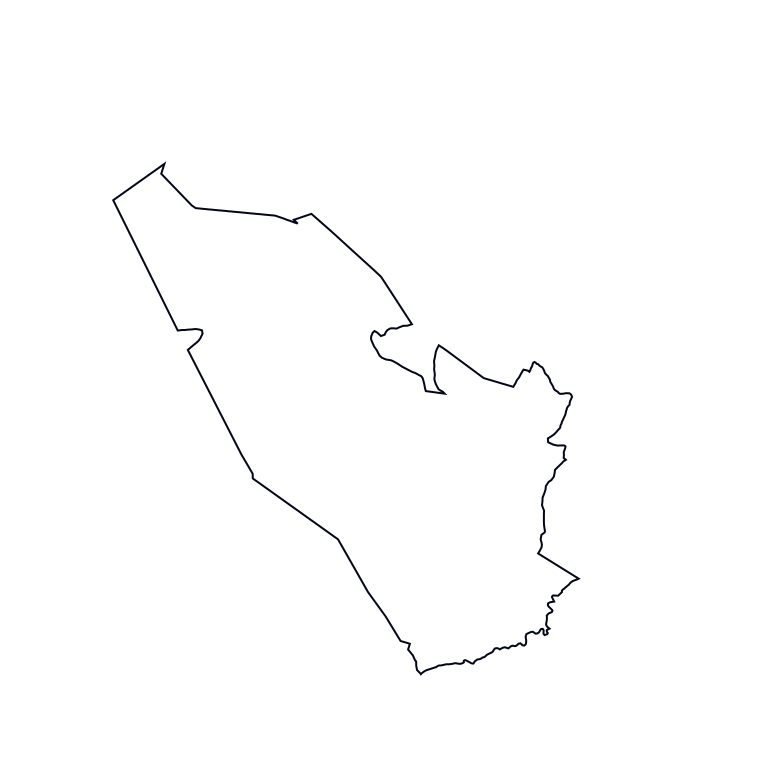 Santa Lucía Monteverde, Oaxaca, Mexico, rotated 62°
{"feature_id": "50627088B70845005155538", "entity_name": "Santa Lucía Monteverde", "entity_type": "district", "adm_level": 2, "iso_a3": "MEX", "parent_name": "Mexico", "parent_adm1": "Oaxaca", "projection": "orthographic", "projection_center": [-97.707, 16.955], "detail": "fine", "context": "isolated", "style": "outline", "palette": "ink", "viewbox_px": 768, "rotation_deg": 62, "n_neighbors": 0, "source": "geoboundaries", "source_scale": "gbopen_adm2", "svg_char_len": 5190}
<svg xmlns="http://www.w3.org/2000/svg" viewBox="0 0 768 768"><g transform="rotate(62 384 384)"><path d="M677.7,352.7L675.5,353.7L673.7,354.0L672.2,353.7L670.8,352.6L669.9,351.8L668.3,350.7L666.9,349.9L664.9,349.0L663.9,346.5L664.2,342.9L663.2,341.6L661.8,341.8L658.3,343.0L656.3,343.2L654.7,342.1L654.7,339.7L655.3,338.1L656.0,335.9L651.7,335.8L650.6,335.5L650.3,334.8L650.1,333.9L650.8,332.8L651.6,331.4L652.7,329.7L651.9,326.8L651.3,324.6L649.9,323.9L649.5,322.6L649.2,320.5L648.8,319.3L648.6,317.9L648.3,316.9L648.0,315.0L647.1,313.1L646.8,311.7L646.6,309.7L647.0,306.7L647.2,305.4L647.3,303.5L606.0,327.5L604.0,324.2L602.2,321.6L600.2,320.1L598.1,319.4L596.6,319.1L594.7,318.6L592.8,317.1L591.1,315.8L590.9,314.6L590.7,313.0L590.5,312.0L589.8,311.1L583.6,308.9L580.5,307.4L576.4,305.2L573.6,303.7L570.9,302.1L568.5,301.9L565.2,301.4L562.3,299.4L558.9,297.4L555.7,293.7L553.0,290.9L550.1,289.0L547.7,284.5L547.4,281.3L545.6,277.6L542.5,275.0L540.1,273.3L538.8,269.1L537.5,264.4L536.6,262.0L536.3,259.0L533.7,260.1L531.2,258.5L528.6,257.3L525.7,254.1L524.4,253.1L524.0,253.1L523.6,253.3L522.6,254.1L519.7,259.9L516.8,263.2L512.5,266.4L509.0,264.9L508.8,261.2L508.3,257.3L507.5,254.8L507.2,254.1L506.0,251.0L505.8,250.0L505.1,248.8L503.9,248.0L502.9,246.9L502.2,245.7L501.1,244.9L500.2,243.6L499.2,242.2L498.3,241.1L497.4,239.9L496.6,238.7L495.4,237.6L494.4,236.7L493.2,235.8L492.4,234.7L491.3,234.0L490.6,232.8L489.9,231.6L489.6,230.1L488.5,229.3L487.2,228.4L486.2,227.4L485.4,226.2L484.4,225.0L483.6,224.0L482.1,223.8L480.7,223.9L479.3,224.6L478.5,226.0L477.8,227.1L477.2,228.6L476.8,230.1L476.1,231.6L475.4,233.1L474.2,233.9L472.7,234.2L471.5,234.8L470.2,235.6L468.8,236.2L467.2,236.2L465.7,235.9L464.2,235.9L462.7,236.0L461.2,236.1L459.7,236.1L458.4,235.5L456.8,235.5L455.4,235.6L453.8,235.6L452.6,236.1L451.0,236.5L449.7,236.8L448.3,236.5L446.8,236.3L445.1,236.3L443.5,236.5L442.0,237.5L440.6,238.2L439.0,238.5L437.9,239.7L436.5,240.0L435.3,240.7L435.2,242.1L436.0,243.2L437.1,244.2L438.1,245.2L438.8,246.6L439.8,247.6L440.8,248.8L441.5,249.9L440.1,250.5L439.0,251.5L436.8,254.1L437.6,255.5L439.6,258.7L441.5,261.5L443.0,264.9L445.0,267.5L447.2,271.2L425.6,293.2L410.6,300.3L382.5,313.7L375.6,317.4L377.6,320.4L379.8,323.0L384.1,326.4L387.3,329.1L391.5,330.9L394.6,332.9L397.5,333.9L399.9,334.9L403.2,337.2L405.9,337.9L408.8,338.3L411.4,338.3L414.0,338.3L416.2,337.3L418.2,335.8L421.0,335.0L409.9,350.4L407.0,349.8L403.0,348.5L397.2,347.1L394.7,347.4L391.5,349.6L389.0,351.2L386.6,353.4L383.9,355.3L379.8,358.1L377.5,359.7L372.6,362.4L369.5,364.3L368.1,365.3L366.5,366.5L363.2,370.8L360.0,373.4L356.9,374.6L353.8,374.6L351.1,374.5L346.3,375.1L340.6,374.7L338.1,374.3L336.0,373.0L333.4,369.9L332.8,367.5L335.5,365.8L340.2,364.2L340.8,360.3L339.0,358.0L338.0,355.6L337.9,352.3L338.9,350.1L341.0,346.8L341.1,344.1L341.6,339.9L343.6,335.7L344.3,331.3L290.6,336.0L287.9,336.3L278.2,339.6L251.8,349.1L225.7,358.4L199.7,368.2L196.7,386.6L202.0,384.8L201.8,384.9L200.1,386.5L199.6,387.0L199.0,387.6L198.5,388.0L197.9,388.5L197.2,389.2L196.6,389.7L195.7,390.5L195.0,391.1L194.3,391.8L193.4,392.7L192.8,393.1L192.3,393.6L191.5,394.3L190.6,395.1L187.9,397.6L185.9,399.5L184.5,400.8L184.0,401.4L180.2,407.2L178.5,409.8L177.2,411.7L175.1,414.9L173.9,416.8L172.2,419.3L171.0,421.2L168.4,425.1L166.4,428.1L164.9,430.4L164.4,431.1L163.5,432.5L162.5,434.1L161.7,435.2L160.7,436.8L160.0,437.8L159.4,438.7L158.5,440.2L157.5,441.6L156.3,443.4L155.4,444.8L154.5,446.1L153.6,447.6L152.4,449.4L150.9,451.7L149.6,453.6L148.5,455.3L147.9,456.3L147.6,456.7L147.0,457.6L146.2,458.8L145.0,460.6L140.3,467.7L136.1,469.9L93.8,482.0L86.5,474.5L94.6,536.8L105.7,537.1L240.0,541.0L241.5,537.0L242.9,534.3L244.1,531.3L245.3,528.7L247.0,524.5L248.8,522.0L251.2,519.5L254.4,520.6L257.5,524.8L258.8,527.6L259.6,530.6L260.4,535.0L261.8,541.2L379.5,543.0L401.6,542.1L405.8,544.2L499.6,497.5L560.2,495.8L589.9,491.7L618.7,490.0L625.5,483.1L629.8,487.4L637.2,485.9L642.2,486.3L644.1,485.9L648.1,487.9L652.1,489.1L656.5,487.8L657.5,487.7L657.2,486.8L657.0,485.9L656.7,483.8L656.6,482.1L656.7,480.5L657.1,478.3L657.9,473.8L658.2,471.9L658.5,471.1L658.4,470.3L658.2,469.2L658.3,468.4L658.4,467.5L658.9,466.6L659.3,465.8L659.5,464.9L659.8,463.9L660.1,463.0L660.3,461.8L660.9,460.2L661.8,458.6L662.9,455.8L663.2,455.1L663.5,453.4L663.8,452.8L664.2,451.7L665.7,449.9L666.2,449.2L667.1,447.5L667.3,445.8L667.4,445.0L667.3,444.2L665.9,443.5L665.7,443.0L665.9,442.2L666.0,441.9L667.0,440.9L668.5,440.0L671.2,438.2L672.2,437.4L672.8,436.3L671.4,433.8L671.1,430.5L671.9,428.7L672.0,426.5L671.7,425.5L672.3,423.5L671.9,422.1L671.4,420.1L671.5,417.0L671.6,414.8L671.3,413.4L670.3,412.0L669.6,410.0L670.3,408.1L671.4,407.1L672.7,406.4L672.6,403.2L673.1,401.0L675.8,398.3L675.1,394.7L675.6,393.0L676.9,391.6L677.2,389.8L676.5,387.2L677.0,385.3L678.1,384.8L679.6,384.5L680.8,383.0L680.4,381.2L679.2,380.0L677.1,378.8L675.2,378.2L673.7,377.6L672.7,376.8L671.7,375.6L671.8,372.6L672.0,370.6L672.7,368.8L675.6,367.4L676.2,365.8L676.1,363.9L674.8,361.8L674.1,360.3L674.7,358.8L676.5,358.7L678.3,359.8L679.4,360.4L681.1,360.1L681.5,357.5L680.9,356.3L679.1,356.5L677.7,355.8L677.7,352.7Z" fill="none" stroke="#020617" stroke-width="2"/></g></svg>